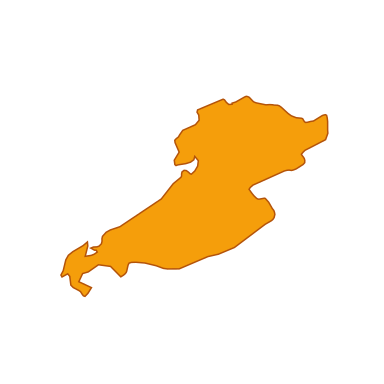 outline of Waterford, rotated 151°
{"feature_id": "IRL-1444", "entity_name": "Waterford", "entity_type": "County", "adm_level": 1, "iso_a3": "IRL", "parent_name": "Ireland", "parent_adm1": "", "projection": "natural_earth1", "projection_center": [-7.576, 52.152], "detail": "fine", "context": "isolated", "style": "filled", "palette": "amber", "viewbox_px": 384, "rotation_deg": 151, "n_neighbors": 0, "source": "natural_earth", "source_scale": "10m", "svg_char_len": 2211}
<svg xmlns="http://www.w3.org/2000/svg" viewBox="0 0 384 384"><g transform="rotate(151 192 192)"><path d="M337.3,153.8L337.6,155.5L337.8,158.9L338.6,160.5L342.2,166.0L343.1,169.3L339.8,177.5L340.4,180.7L346.9,180.7L346.9,182.9L342.8,185.6L335.3,193.8L330.8,196.6L325.0,197.6L313.3,197.9L307.7,199.0L309.3,195.3L316.6,187.5L310.8,185.4L307.6,185.0L304.0,185.4L304.0,187.5L305.5,188.4L306.2,189.5L306.8,190.6L307.7,192.0L305.0,191.7L301.7,190.1L299.6,189.7L296.4,190.6L294.6,192.5L293.4,194.8L291.8,196.6L286.6,198.4L281.8,198.4L271.9,196.6L222.2,200.8L204.3,208.4L194.6,210.2L193.4,211.0L192.4,212.8L191.0,214.4L188.4,214.8L186.6,213.5L185.5,211.1L184.8,208.9L183.9,207.9L179.4,209.0L174.5,211.9L171.3,216.3L172.3,221.8L174.8,219.3L178.8,218.8L183.6,219.8L191.3,222.6L193.2,222.9L193.7,224.3L192.1,228.4L183.9,233.1L182.9,243.3L182.0,245.6L179.9,246.3L177.2,246.7L175.1,248.0L170.2,250.4L156.4,249.2L151.0,251.3L148.8,256.0L148.9,259.4L147.3,261.1L119.8,258.1L118.9,256.8L118.5,253.7L117.4,250.7L114.4,249.3L113.9,250.3L110.1,249.5L99.9,249.6L98.2,249.4L97.0,248.4L96.0,247.0L94.6,241.5L93.9,240.3L92.6,238.8L85.1,232.4L81.7,230.8L79.2,229.2L77.9,228.1L75.1,226.4L73.9,225.1L72.8,222.8L69.9,214.1L68.2,210.5L64.8,206.4L60.6,203.5L59.7,202.5L59.6,199.1L59.0,197.8L57.2,197.0L54.0,196.2L52.7,195.7L51.3,195.2L40.9,195.7L39.3,195.4L37.8,194.9L37.1,193.8L37.8,191.3L39.2,187.9L43.3,180.5L44.7,177.5L49.8,173.0L72.9,173.7L75.4,173.0L78.0,172.0L78.0,170.7L77.6,168.1L77.6,166.6L78.0,165.0L79.2,163.0L81.5,162.2L89.8,161.7L92.6,162.1L94.5,162.6L96.5,164.1L98.3,164.9L100.9,165.6L135.3,168.5L138.9,167.7L140.8,166.7L140.2,161.5L139.7,158.8L139.0,156.4L138.6,155.2L138.1,154.3L137.2,153.4L135.9,152.9L131.7,151.5L131.0,150.8L129.9,145.9L129.8,138.7L129.4,136.1L129.7,134.3L130.4,132.2L132.6,129.8L134.5,128.8L136.4,128.4L143.6,128.3L181.8,122.9L199.1,124.8L209.4,127.8L240.5,131.0L250.6,136.5L254.0,139.0L259.1,144.9L267.6,152.7L275.2,157.8L279.1,159.8L281.5,160.3L282.6,159.6L283.5,158.9L287.6,154.3L288.5,153.6L290.1,152.9L292.1,152.5L295.4,152.3L299.3,166.4L309.1,173.7L321.5,172.4L327.2,173.7L334.5,168.4L326.3,157.1L332.2,153.8L336.2,152.6L337.3,153.8Z" fill="#f59e0b" stroke="#b45309" stroke-width="1.5"/></g></svg>